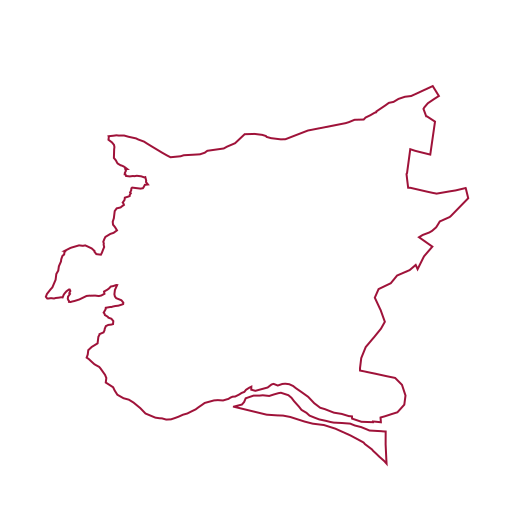 Dayrut, Asyut, Egypt (Robinson projection), rotated 97°
{"feature_id": "37247803B43857760448777", "entity_name": "Dayrut", "entity_type": "district", "adm_level": 2, "iso_a3": "EGY", "parent_name": "Egypt", "parent_adm1": "Asyut", "projection": "robinson", "projection_center": [30.795, 27.538], "detail": "fine", "context": "isolated", "style": "outline", "palette": "rose", "viewbox_px": 512, "rotation_deg": 97, "n_neighbors": 0, "source": "geoboundaries", "source_scale": "gbopen_adm2", "svg_char_len": 5775}
<svg xmlns="http://www.w3.org/2000/svg" viewBox="0 0 512 512"><g transform="rotate(97 256 256)"><path d="M399.9,389.7L401.8,385.7L403.7,381.8L406.7,379.9L410.6,376.7L413.3,370.2L414.1,364.7L416.4,359.7L421.1,352.3L425.8,346.5L428.7,336.2L428.8,331.8L428.6,329.6L429.3,325.2L428.5,320.5L426.7,316.7L425.0,313.4L422.4,309.1L421.7,307.4L420.7,305.0L417.9,300.8L415.6,297.2L413.1,294.6L410.2,291.3L408.1,289.0L404.5,280.2L404.4,279.9L404.3,279.3L403.7,276.4L403.4,271.1L401.7,267.2L401.3,266.1L399.6,264.0L398.5,262.1L398.0,259.5L395.6,255.9L393.7,253.6L392.3,251.0L390.0,249.6L387.6,246.7L386.3,244.7L389.3,244.4L389.9,240.2L385.1,228.4L381.9,225.2L381.3,224.3L380.8,222.9L381.9,218.6L379.8,214.3L379.2,211.4L379.2,208.8L379.2,207.4L380.5,203.3L382.3,200.4L385.6,194.1L389.4,187.1L391.7,184.3L395.0,180.3L397.1,176.7L398.8,173.8L399.6,169.0L402.0,159.6L402.3,151.7L403.6,144.4L403.5,141.2L405.7,140.8L407.7,131.1L406.7,119.6L406.0,119.7L405.9,117.8L405.8,111.8L404.1,112.1L403.6,112.2L401.4,112.7L401.1,112.7L399.5,108.8L397.6,104.7L396.6,102.6L393.9,96.6L391.5,94.9L385.5,90.7L376.3,90.6L366.1,95.4L365.7,95.9L360.1,103.0L360.0,103.9L359.4,111.4L358.4,122.1L357.0,138.8L354.6,139.1L352.3,139.1L344.5,139.1L333.0,136.0L323.2,129.6L322.5,129.1L312.9,123.1L305.6,120.1L294.3,125.8L293.6,126.3L282.9,133.0L273.9,130.3L266.6,118.9L258.2,113.6L251.7,102.5L251.3,101.8L245.4,96.4L249.4,94.0L237.2,89.7L235.7,89.1L225.2,82.1L217.5,96.5L215.2,93.6L214.7,92.9L212.3,88.3L211.5,86.8L209.6,84.3L205.6,80.7L202.9,79.4L199.3,77.8L194.2,69.3L193.7,68.5L192.5,67.4L172.8,52.4L163.6,55.9L163.0,56.2L166.6,65.9L168.2,71.5L172.1,84.4L171.9,86.6L171.9,87.3L171.3,93.9L169.5,111.0L169.7,113.3L161.7,115.3L156.3,116.6L155.3,116.2L131.2,115.9L132.2,110.9L132.7,107.0L134.1,95.4L119.6,95.1L100.8,94.7L96.6,103.3L96.6,104.1L89.6,107.7L88.1,107.1L85.0,105.1L83.4,104.0L78.1,97.9L74.9,94.0L65.8,101.3L78.3,121.5L79.8,127.6L82.7,133.7L86.3,138.3L87.8,142.8L90.7,145.9L97.9,154.2L98.7,154.2L99.4,155.8L102.3,159.6L105.2,164.1L107.4,165.7L107.6,166.9L108.8,174.8L111.8,180.1L113.2,183.2L125.1,219.7L131.5,231.7L136.5,241.0L137.2,245.6L137.2,254.0L137.2,255.5L136.5,260.0L135.7,260.8L135.0,264.6L135.0,269.2L135.0,272.2L135.8,277.5L136.5,282.1L146.6,290.5L151.0,298.1L153.2,301.1L157.5,317.1L158.4,318.1L159.7,319.4L161.9,324.0L163.3,331.6L164.1,336.1L164.8,340.0L166.2,343.0L168.4,352.9L167.0,356.7L164.8,362.0L163.4,365.1L159.7,373.4L157.6,378.0L156.1,381.1L154.7,387.1L153.9,389.4L153.2,397.0L152.5,401.6L153.2,406.9L153.2,409.2L154.0,412.2L154.7,415.3L155.1,416.9L155.7,416.6L158.6,416.6L160.8,412.8L163.0,410.5L165.1,409.8L167.3,409.8L176.0,409.0L178.2,406.7L180.4,405.2L181.1,404.5L182.5,401.4L182.5,400.7L183.2,398.4L184.0,396.8L185.4,394.4L185.8,396.3L187.3,395.5L189.5,396.3L190.9,396.3L190.9,395.5L192.4,394.8L192.4,392.5L192.4,391.0L191.6,387.9L191.6,386.4L190.9,384.1L190.9,383.4L190.9,381.8L190.9,379.6L191.6,376.5L191.2,375.5L194.5,374.2L196.0,374.2L198.2,372.0L198.9,375.0L201.1,375.8L201.9,376.2L202.5,376.5L203.2,378.8L203.2,379.6L203.2,381.1L203.2,383.4L203.2,387.2L204.0,387.9L206.1,387.9L208.3,388.7L209.0,387.9L210.5,388.7L211.9,388.7L212.7,390.2L213.4,391.8L214.1,393.3L214.8,393.3L216.3,393.3L219.2,394.8L219.9,394.1L221.4,393.3L222.1,394.1L223.2,395.3L224.3,396.3L225.7,400.1L227.2,400.9L228.6,401.7L231.5,401.7L235.9,401.7L239.5,402.4L242.4,401.7L243.1,400.9L244.6,399.4L246.2,398.1L247.5,397.1L250.4,400.2L251.8,403.2L255.4,407.8L257.6,408.6L260.5,409.3L262.0,408.6L263.4,408.6L265.6,407.8L268.5,408.6L271.4,409.3L273.6,410.1L273.6,410.9L273.6,411.6L273.6,413.1L273.6,414.7L271.4,416.9L270.7,416.9L268.5,420.0L267.0,424.5L266.3,426.8L267.0,429.1L267.0,432.9L270.1,440.1L270.7,441.3L274.3,446.6L274.3,445.1L275.0,446.6L277.9,446.6L279.4,448.1L281.1,448.5L283.0,448.9L285.2,448.9L290.2,450.4L294.6,450.5L298.2,452.0L304.0,452.0L312.0,454.3L314.1,455.8L319.2,458.9L322.1,459.6L323.6,458.1L323.6,457.3L322.8,454.3L322.8,451.3L322.1,449.7L321.4,446.7L320.7,444.4L320.7,442.9L317.8,442.1L316.3,441.3L314.1,439.8L312.0,437.5L312.0,436.8L313.4,436.0L315.6,436.8L316.3,436.0L319.2,437.6L319.9,437.6L321.4,437.6L322.8,436.8L323.6,436.0L324.3,436.0L324.3,434.5L323.6,433.0L322.8,430.7L320.7,426.1L316.3,419.3L315.6,416.2L315.6,415.5L314.9,410.9L314.9,409.4L314.9,407.1L314.1,404.8L312.0,401.8L309.8,402.5L307.6,399.5L306.2,398.0L304.0,396.4L303.3,394.2L301.8,391.1L301.8,390.3L306.9,391.9L311.2,391.9L313.4,391.1L314.9,389.6L316.3,384.3L317.0,383.5L318.5,382.0L319.9,382.0L320.7,383.5L322.1,386.6L322.8,389.6L323.6,391.9L324.3,393.4L324.3,394.2L325.7,398.8L327.2,398.8L330.8,400.3L331.5,399.5L333.0,398.8L334.4,395.7L335.2,395.0L335.9,391.9L337.3,390.4L338.0,389.7L341.0,389.6L341.7,391.2L342.4,394.2L343.9,396.5L346.8,397.3L348.2,397.3L350.4,398.0L352.6,401.8L353.3,401.8L355.4,402.6L356.8,402.6L357.6,402.6L362.0,402.6L366.3,408.0L369.9,411.0L371.4,411.0L372.5,411.0L373.6,411.0L374.3,411.0L377.5,411.7L378.6,409.5L380.8,406.5L383.0,403.4L383.7,401.9L385.2,398.1L386.6,396.6L392.4,391.3L393.9,390.5L395.3,389.7L396.5,389.7L397.5,389.7L398.7,389.7L399.9,389.7ZM408.2,259.6L408.3,259.6L412.2,226.1L411.6,215.4L411.1,209.7L411.6,202.4L414.4,187.7L415.5,179.3L415.5,168.0L417.7,156.2L422.6,140.4L428.0,126.5L429.4,125.0L431.6,121.2L433.8,117.4L435.2,115.9L437.4,112.8L440.3,109.0L443.9,103.7L446.2,101.1L442.9,101.7L427.1,104.4L414.4,105.9L414.6,108.7L414.6,110.0L415.1,117.6L415.4,122.1L414.5,125.2L413.0,130.8L412.2,137.2L410.9,142.1L411.3,150.5L411.9,158.6L411.7,161.7L411.1,166.5L410.5,173.3L409.4,177.8L407.9,183.4L405.5,186.8L403.2,192.1L400.3,195.0L395.4,200.6L392.4,203.5L390.2,206.9L388.7,214.6L389.4,217.0L391.3,221.5L393.3,225.8L393.4,232.3L394.1,235.3L394.9,241.5L398.5,248.9L402.4,250.0L405.2,251.9L405.9,253.8L408.2,259.6Z" fill="none" stroke="#9f1239" stroke-width="2"/></g></svg>